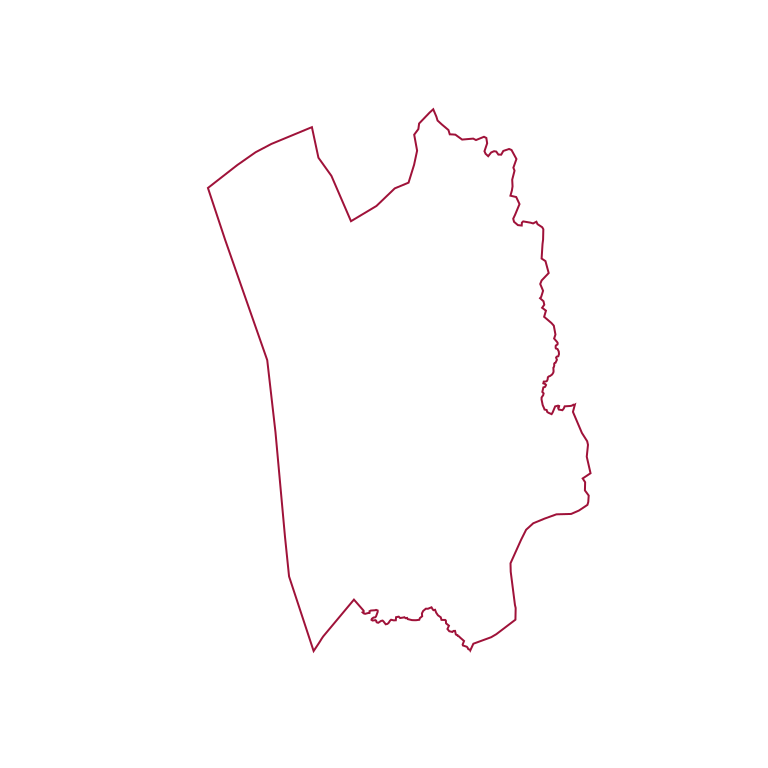 San Martín Zacatepec, Oaxaca, Mexico, rotated 20°
{"feature_id": "50627088B15099528987942", "entity_name": "San Martín Zacatepec", "entity_type": "district", "adm_level": 2, "iso_a3": "MEX", "parent_name": "Mexico", "parent_adm1": "Oaxaca", "projection": "robinson", "projection_center": [-98.056, 17.815], "detail": "fine", "context": "isolated", "style": "outline", "palette": "rose", "viewbox_px": 768, "rotation_deg": 20, "n_neighbors": 0, "source": "geoboundaries", "source_scale": "gbopen_adm2", "svg_char_len": 3453}
<svg xmlns="http://www.w3.org/2000/svg" viewBox="0 0 768 768"><g transform="rotate(20 384 384)"><path d="M542.5,351.8L540.3,349.5L537.3,344.6L536.7,342.7L537.4,340.1L537.2,338.2L535.5,337.3L534.9,332.7L536.4,331.5L536.6,329.5L535.5,328.9L533.5,328.9L533.3,327.1L535.2,326.3L536.1,325.3L536.2,323.8L535.7,321.6L536.3,320.5L537.3,319.7L538.7,317.6L539.2,315.4L539.0,314.1L537.6,310.8L537.8,310.3L537.7,308.5L537.0,306.9L537.2,305.8L537.9,305.4L538.2,302.1L536.7,300.4L536.9,299.3L538.3,298.3L538.2,296.0L537.1,293.7L535.1,291.8L533.3,291.8L532.6,290.6L532.3,289.1L533.5,287.5L533.2,286.1L532.4,285.4L528.3,283.1L528.2,278.9L523.6,271.1L520.4,269.4L511.5,266.1L511.1,259.7L506.5,258.3L507.5,254.7L505.6,251.7L501.3,250.0L501.9,248.5L501.6,242.0L496.6,236.6L496.7,232.8L500.8,223.4L493.7,213.3L489.2,212.2L485.1,198.3L484.1,193.9L480.8,184.1L479.1,182.6L473.6,181.3L471.7,179.4L469.2,182.1L466.5,182.3L459.2,183.6L458.4,185.2L459.2,188.0L455.5,188.9L450.7,187.1L448.9,184.5L449.3,180.2L449.8,168.6L444.3,163.1L438.4,163.8L438.0,158.4L437.2,154.3L434.6,148.2L433.7,138.9L431.6,136.5L431.5,127.3L423.8,120.5L421.1,120.4L416.4,124.2L415.7,128.4L413.0,129.3L410.0,127.2L407.8,127.6L405.5,129.8L404.0,134.3L400.7,132.9L398.8,130.9L398.6,122.5L396.0,117.8L393.4,117.5L387.0,123.3L383.9,122.9L373.8,127.6L365.8,125.3L362.5,126.2L360.4,126.9L357.7,123.3L349.5,120.3L344.2,118.1L341.8,114.9L336.3,109.0L334.0,113.4L327.9,127.2L329.1,132.7L327.1,139.4L335.3,153.4L337.3,167.7L338.2,186.4L327.2,196.5L316.0,219.3L297.3,242.3L263.4,206.4L245.0,193.8L228.4,167.3L196.0,197.0L184.1,210.1L171.2,228.5L151.5,260.0L185.6,303.1L266.1,401.5L298.5,466.4L343.2,561.4L360.6,597.3L409.2,659.0L411.4,650.0L412.0,647.3L412.5,644.8L413.2,642.0L429.5,596.9L442.4,604.0L442.8,605.1L442.0,605.9L443.3,606.5L444.9,606.4L447.5,604.6L448.7,604.1L448.6,603.5L448.1,602.5L449.1,601.4L453.1,599.6L453.8,599.0L455.5,599.0L456.0,600.3L456.0,605.1L455.6,606.2L454.0,607.1L452.9,608.7L452.9,609.9L454.1,610.2L456.8,608.8L457.6,609.1L458.2,610.1L459.1,610.5L460.3,610.3L462.3,607.6L463.6,606.8L464.6,607.2L467.8,609.2L469.2,608.3L470.0,607.0L470.6,604.4L471.3,603.1L473.9,602.8L475.9,602.0L475.1,599.0L477.4,597.6L479.2,598.4L482.1,596.8L482.9,596.2L484.3,596.7L485.7,595.9L486.6,596.8L491.1,596.3L494.7,595.1L497.8,593.5L497.8,591.7L499.3,589.2L498.1,586.6L498.4,583.9L500.2,580.8L502.1,580.2L505.0,577.6L507.1,579.3L507.9,579.6L509.2,578.7L511.2,581.0L513.8,582.9L517.1,583.8L518.7,586.0L522.2,584.8L523.0,585.1L524.2,587.7L527.7,588.9L527.4,592.5L529.9,594.0L533.1,593.6L533.7,592.3L535.2,591.7L537.1,594.7L537.9,595.0L538.9,594.8L539.5,595.5L540.7,595.5L542.4,596.3L547.1,598.1L547.0,601.9L547.6,602.7L551.7,602.6L552.8,603.2L553.4,604.0L554.2,604.4L555.5,604.2L556.2,604.9L556.8,597.5L571.3,585.3L575.1,580.7L587.6,561.3L587.9,560.9L588.1,560.5L584.9,551.1L584.7,550.5L584.3,549.4L582.6,546.8L582.4,546.4L567.3,517.1L564.2,509.2L566.1,483.5L567.4,472.3L571.9,463.8L580.9,455.6L590.6,447.5L604.3,442.1L610.4,436.3L616.5,428.0L616.3,425.0L614.5,418.8L609.2,415.3L606.6,407.5L603.0,404.8L608.6,397.2L599.4,383.0L596.5,371.4L594.5,368.3L586.7,362.3L571.1,345.6L570.4,338.1L569.9,338.7L569.0,338.7L568.5,339.5L567.5,340.4L566.2,341.1L561.4,343.2L561.3,345.6L560.6,347.6L557.0,348.2L555.8,346.9L556.3,345.8L556.1,344.8L555.0,344.8L552.5,346.5L552.2,353.1L551.8,355.0L550.3,354.9L548.4,354.8L546.9,354.4L545.7,352.8L543.6,353.1L542.5,351.8Z" fill="none" stroke="#9f1239" stroke-width="2"/></g></svg>